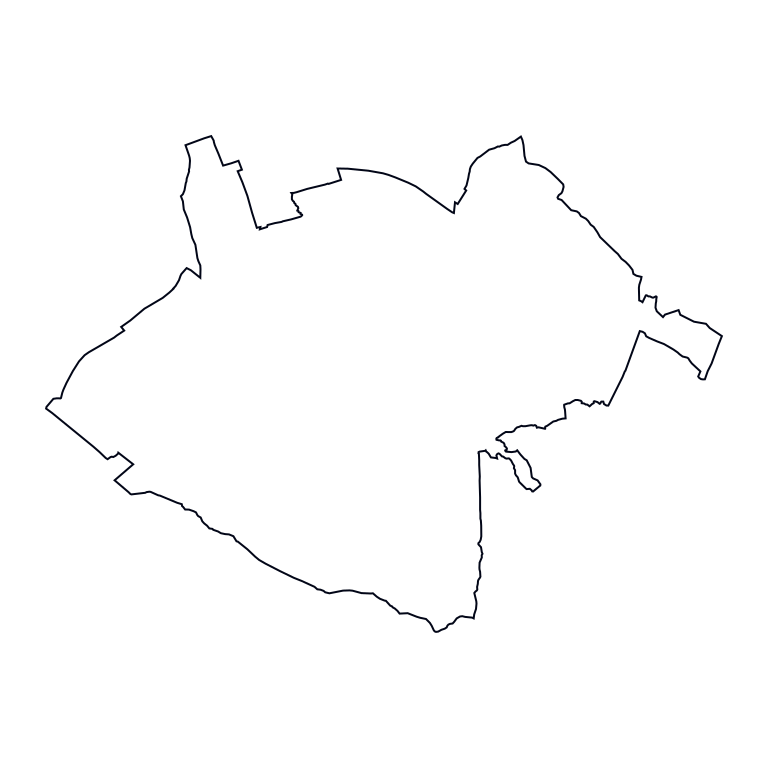 outline of Ardeoani, Bacau, Romania
{"feature_id": "2599482B27984899635194", "entity_name": "Ardeoani", "entity_type": "district", "adm_level": 2, "iso_a3": "ROU", "parent_name": "Romania", "parent_adm1": "Bacau", "projection": "natural_earth1", "projection_center": [26.618, 46.525], "detail": "fine", "context": "isolated", "style": "outline", "palette": "ink", "viewbox_px": 768, "rotation_deg": 0, "n_neighbors": 0, "source": "geoboundaries", "source_scale": "gbopen_adm2", "svg_char_len": 6111}
<svg xmlns="http://www.w3.org/2000/svg" viewBox="0 0 768 768"><path d="M473.7,618.4L474.2,614.4L476.0,609.0L476.5,603.6L476.3,601.3L474.3,593.0L475.4,591.6L476.8,590.5L477.3,589.6L477.1,586.9L477.8,583.9L478.0,581.0L478.5,579.7L480.0,577.6L480.4,576.7L480.1,571.8L479.5,569.4L479.4,567.7L479.6,562.6L481.8,557.5L481.7,555.2L482.5,553.8L481.8,552.1L481.0,547.2L478.7,544.7L478.3,544.0L478.5,543.0L479.7,541.9L480.7,539.7L481.3,536.4L481.2,525.7L480.9,520.7L480.4,518.6L480.4,513.1L480.1,509.9L480.1,497.5L479.6,480.5L479.8,476.5L479.2,465.0L479.2,460.3L478.9,453.7L478.5,453.4L478.6,452.1L479.7,451.6L485.3,450.8L485.7,450.4L486.2,451.6L487.0,452.1L488.7,453.7L490.9,457.4L495.7,458.0L497.1,458.5L496.4,455.4L496.9,454.4L497.8,453.7L498.6,453.4L499.6,453.9L502.0,456.4L503.2,456.6L505.3,458.2L506.5,458.6L508.6,458.4L509.3,458.6L511.1,460.5L512.9,464.0L514.1,465.7L514.2,466.4L513.9,468.2L515.1,470.2L515.1,473.6L516.0,475.4L517.5,477.0L517.9,477.8L519.0,481.4L519.5,482.2L526.2,488.8L526.7,489.1L529.8,488.8L531.6,490.3L532.2,491.4L533.1,491.5L540.3,485.5L540.4,484.3L537.6,480.4L533.1,478.4L531.8,477.0L530.6,467.9L526.7,460.3L524.4,458.9L520.4,454.5L517.2,450.3L515.8,451.5L511.5,452.1L506.0,451.6L505.2,450.7L505.2,450.4L506.7,449.7L506.9,448.4L505.6,446.8L504.6,446.1L504.5,444.3L503.6,442.8L501.2,441.6L500.9,440.7L500.4,440.4L499.1,440.4L496.5,439.8L496.3,438.9L496.7,438.0L498.3,437.3L498.3,437.0L502.7,433.8L505.7,432.0L511.1,432.1L512.8,431.6L514.1,430.8L515.4,428.8L517.2,427.3L518.7,427.0L521.5,425.8L522.9,426.2L525.4,426.2L530.4,425.3L531.9,425.2L533.3,425.6L534.9,425.1L536.2,425.8L536.9,427.7L538.5,427.3L545.1,428.8L545.2,428.7L545.1,427.2L545.4,426.6L547.2,425.8L553.3,421.5L556.4,420.8L558.0,419.9L562.3,418.7L565.6,418.4L565.1,411.3L564.9,409.4L564.3,407.3L564.1,405.0L564.2,404.7L567.9,403.4L569.6,403.3L572.9,401.2L575.3,400.0L577.8,400.0L580.9,400.8L581.7,401.6L581.7,403.2L584.1,403.5L585.7,404.5L587.3,404.6L589.6,406.3L592.1,404.0L593.7,403.2L593.8,401.5L594.5,401.2L597.5,402.1L599.6,403.8L600.3,403.5L600.8,402.3L601.4,401.6L603.3,401.6L604.0,404.0L606.4,405.5L608.3,405.6L622.6,376.9L624.8,371.4L625.4,370.8L639.8,331.1L642.6,331.8L644.9,333.3L646.2,336.3L649.3,338.0L657.1,341.4L663.9,344.0L673.4,349.5L677.7,352.5L679.6,354.3L682.6,356.5L687.1,357.6L688.3,358.3L689.7,360.6L691.8,363.4L700.4,371.4L698.2,376.5L699.1,377.8L701.0,379.1L703.0,379.4L704.9,379.3L707.7,371.2L711.6,363.5L718.7,344.0L721.9,336.1L709.7,328.0L706.0,323.8L694.0,321.7L680.3,314.8L678.6,310.1L665.0,314.6L663.0,317.1L656.8,311.3L655.5,307.7L655.8,303.3L656.2,301.4L656.3,298.7L656.6,297.7L656.6,296.8L656.3,296.5L655.8,296.4L653.4,297.6L652.4,297.6L649.9,296.4L648.4,296.4L646.7,295.3L645.8,295.4L642.5,302.2L641.1,301.2L639.2,300.4L638.9,287.8L639.3,284.8L641.0,279.6L641.5,276.9L636.4,275.7L633.4,273.9L632.5,269.9L629.1,265.5L625.6,261.9L621.5,258.8L617.9,254.0L614.7,251.2L600.1,237.1L597.4,232.3L593.7,226.9L590.7,224.7L588.2,221.0L585.9,218.7L580.9,216.1L579.0,213.0L576.8,211.4L571.2,210.2L561.6,200.0L558.1,198.8L557.5,197.4L558.8,195.1L561.4,193.2L562.4,191.4L563.6,186.9L563.2,184.4L558.0,179.1L550.6,172.0L545.4,168.1L538.8,165.0L528.6,163.4L526.0,161.6L524.5,155.9L523.5,145.1L522.4,140.0L520.9,136.6L514.6,141.0L510.9,142.7L507.6,144.9L504.8,144.9L501.7,145.5L499.4,146.6L497.8,146.5L494.5,148.2L489.1,149.7L480.2,156.5L477.5,157.9L472.8,163.6L470.8,166.6L469.9,169.2L469.7,171.5L469.0,173.8L468.3,178.0L466.5,185.5L464.5,188.9L466.2,190.5L457.7,204.0L455.0,202.3L453.9,213.0L452.2,212.3L447.0,208.8L426.2,193.9L423.2,191.5L415.8,186.4L408.2,182.7L395.3,177.4L388.5,174.9L383.0,173.3L368.3,170.7L347.9,168.7L337.6,168.5L341.1,179.9L328.6,183.9L327.9,183.6L325.0,184.6L307.2,188.9L296.6,192.2L293.8,192.9L291.4,193.0L292.3,194.4L291.9,196.7L291.9,199.3L292.8,200.8L294.0,201.8L294.4,203.2L295.4,203.8L295.7,205.2L297.9,206.8L298.3,208.2L297.3,210.6L298.4,211.0L298.6,212.2L300.6,212.9L300.5,213.9L302.1,214.7L302.2,215.1L301.3,216.2L300.5,216.7L291.1,219.4L282.8,221.3L281.6,221.9L274.9,223.1L267.6,225.0L267.1,227.0L259.9,229.3L260.4,227.0L256.8,227.8L252.1,212.8L247.4,195.9L242.4,182.3L237.7,171.2L241.9,169.7L238.5,160.8L231.2,163.3L223.1,165.6L218.5,153.9L214.8,145.2L213.9,142.1L213.7,140.6L211.2,136.1L204.2,138.3L185.5,145.2L189.1,155.6L189.7,158.0L190.0,160.8L189.5,167.5L188.9,169.9L189.1,171.4L186.7,178.7L186.4,181.6L185.8,183.0L184.5,190.3L182.9,194.2L180.9,196.2L182.9,201.3L183.8,209.5L187.1,217.5L190.1,227.2L191.3,234.0L192.3,238.1L195.4,244.8L197.4,258.1L198.4,261.2L200.3,265.4L200.5,269.2L200.3,277.8L190.8,270.2L186.6,268.1L181.4,274.0L180.5,275.8L179.0,280.2L175.6,286.0L173.2,288.6L173.4,288.8L169.4,292.5L162.7,297.9L144.4,308.7L130.3,320.5L121.2,326.9L124.2,330.6L116.8,335.5L114.1,337.6L88.9,352.2L84.6,355.2L79.0,361.4L72.9,371.0L66.5,382.9L63.4,389.7L62.3,392.7L61.0,398.0L60.5,398.4L56.9,398.3L53.4,398.8L46.5,406.9L46.1,408.6L52.0,412.9L93.4,446.7L99.7,452.2L105.7,458.0L107.6,459.2L110.5,457.1L111.7,456.7L113.3,457.0L115.6,455.8L118.1,453.6L118.3,452.7L133.2,464.3L114.6,480.3L128.6,492.2L130.4,494.0L131.4,494.4L145.2,492.8L146.6,492.1L149.4,491.7L150.7,491.9L158.2,495.3L159.9,495.6L177.2,502.8L181.8,504.2L182.1,506.1L183.1,506.9L185.1,509.5L189.0,509.6L193.6,511.2L196.0,512.4L197.3,515.0L198.2,516.1L200.7,517.5L202.3,521.3L204.2,523.4L207.1,525.7L209.3,528.4L212.5,528.9L213.2,529.8L218.1,531.5L220.9,533.2L225.1,534.1L229.0,534.4L233.4,536.2L236.5,541.3L237.8,541.6L247.4,549.3L255.2,556.7L259.2,560.0L265.6,563.7L280.2,571.2L293.8,577.8L301.8,581.0L314.5,586.8L317.3,589.3L320.5,589.7L323.6,590.9L325.2,592.3L329.4,593.3L343.1,590.6L349.6,590.4L352.6,590.7L361.5,593.1L370.9,593.5L372.9,593.3L376.8,596.7L380.0,598.8L384.6,600.6L385.9,600.8L390.2,605.6L392.2,606.5L392.6,607.3L394.8,608.5L397.5,610.9L399.6,613.6L407.7,613.2L416.6,616.7L420.2,617.8L426.0,619.0L429.9,622.9L431.7,625.8L433.9,630.5L434.9,631.5L436.0,631.9L438.2,631.6L441.4,629.8L444.7,628.7L446.7,627.4L447.4,625.7L448.4,624.6L449.9,623.9L452.6,623.5L454.1,621.9L456.7,618.4L460.0,616.5L462.3,616.2L465.1,616.9L472.1,617.6L473.7,618.4Z" fill="none" stroke="#020617" stroke-width="2"/></svg>